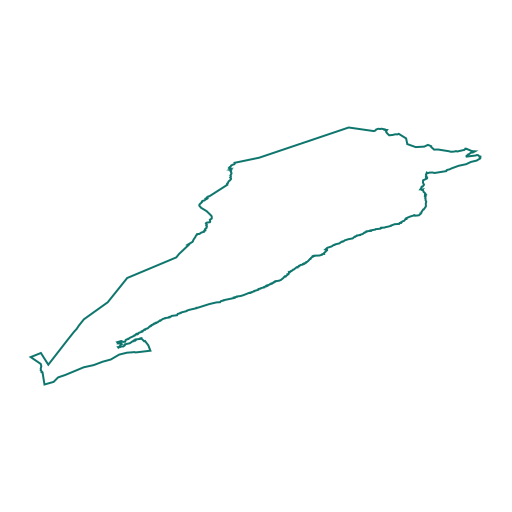 Verran nor, Nord-Trøndelag, Norway (Natural Earth projection)
{"feature_id": "86288312B18564926842494", "entity_name": "Verran nor", "entity_type": "district", "adm_level": 2, "iso_a3": "NOR", "parent_name": "Norway", "parent_adm1": "Nord-Trøndelag", "projection": "natural_earth1", "projection_center": [10.876, 63.943], "detail": "fine", "context": "isolated", "style": "outline", "palette": "teal", "viewbox_px": 512, "rotation_deg": 0, "n_neighbors": 0, "source": "geoboundaries", "source_scale": "gbopen_adm2", "svg_char_len": 6093}
<svg xmlns="http://www.w3.org/2000/svg" viewBox="0 0 512 512"><path d="M141.3,338.2L140.7,338.3L140.7,338.6L139.8,338.6L139.5,339.0L135.8,339.4L135.8,339.9L135.2,339.9L135.2,340.3L134.6,340.3L134.7,340.7L133.5,340.8L133.4,341.3L132.4,341.4L129.9,343.2L124.6,344.4L124.3,345.0L124.6,345.5L123.2,346.5L121.8,346.4L119.8,347.2L119.0,347.1L118.4,347.6L118.1,347.1L118.7,347.1L120.3,345.6L120.8,344.2L121.7,344.0L121.3,343.2L120.8,343.1L120.8,343.4L117.8,343.4L117.9,343.0L117.2,342.2L121.2,341.0L123.2,341.9L125.2,341.7L125.7,340.0L126.3,339.6L128.1,339.1L128.2,338.7L129.0,338.6L129.7,337.9L134.0,335.9L134.3,335.4L134.8,335.5L136.0,334.3L136.6,334.4L136.6,334.0L137.5,334.0L137.5,333.6L138.3,333.6L138.9,332.8L142.1,331.7L141.9,331.2L143.3,330.7L143.5,330.3L143.9,330.2L144.2,329.8L144.8,329.8L144.8,329.4L145.6,329.3L146.0,328.8L147.7,328.4L149.5,326.6L150.3,326.4L150.4,326.0L150.9,326.0L151.0,325.5L151.8,325.3L151.9,324.9L153.3,324.5L153.4,324.1L154.2,323.9L154.2,323.6L155.3,323.4L155.3,323.1L156.2,323.0L156.2,322.6L157.9,322.2L158.5,321.4L160.3,320.8L160.3,320.3L160.9,320.3L162.9,318.9L164.9,318.4L165.0,318.1L169.0,317.5L169.0,317.2L169.8,317.2L169.9,316.8L170.7,316.7L171.7,315.9L177.1,315.2L177.7,313.9L180.0,313.3L180.3,312.8L181.2,312.8L181.5,312.4L186.6,311.1L186.8,310.7L189.0,309.9L196.5,308.2L196.5,307.8L198.2,307.6L209.2,304.1L216.4,302.4L220.1,302.2L221.0,301.1L223.6,300.5L223.6,300.2L232.3,298.4L233.7,298.1L233.7,297.7L234.6,297.8L234.6,297.3L236.9,296.8L236.9,296.5L240.7,296.0L243.3,295.2L248.8,293.0L249.9,293.0L249.9,292.7L251.4,292.5L251.4,292.2L254.3,291.3L254.3,290.9L257.8,290.0L258.5,289.6L258.4,289.1L259.0,288.8L260.7,288.6L261.0,288.1L264.2,287.4L264.2,286.9L266.2,286.4L266.2,286.0L266.8,286.0L266.8,285.5L267.7,285.5L267.7,285.2L269.7,284.6L270.0,284.1L271.2,283.9L271.2,283.6L271.8,283.6L271.8,283.3L273.5,282.8L273.6,282.2L275.3,281.7L275.3,281.2L279.1,280.7L281.0,279.9L283.3,278.0L284.4,276.7L285.3,276.7L285.3,276.2L285.9,276.2L287.8,274.5L287.7,274.2L288.5,274.2L289.0,272.7L288.9,272.2L289.5,272.2L289.5,271.8L290.4,271.8L291.0,271.0L291.6,271.0L293.0,269.7L293.6,269.7L296.6,267.3L297.5,267.4L297.5,266.9L298.9,266.4L299.0,265.9L299.5,265.9L300.4,265.0L302.4,264.7L302.8,264.1L303.3,264.2L303.6,263.7L304.2,263.8L304.2,263.4L306.0,262.8L306.3,262.0L306.9,262.0L308.5,260.7L309.9,259.0L310.5,259.0L310.9,258.0L312.1,257.1L312.3,256.6L312.9,256.6L312.9,256.1L314.3,256.0L314.3,255.7L319.5,255.5L322.1,254.7L322.1,254.3L323.3,253.8L324.1,253.9L324.0,253.1L327.1,250.2L327.0,249.6L325.5,249.4L327.3,247.8L331.7,246.4L333.5,245.1L334.6,245.0L334.9,244.5L339.6,243.3L340.8,242.2L342.5,241.7L342.5,241.4L343.4,241.4L344.9,240.3L348.4,239.2L352.7,238.4L354.5,236.8L355.1,236.8L355.1,236.5L356.8,235.9L356.9,235.5L360.0,235.1L360.0,234.8L362.7,234.0L364.2,232.7L364.7,232.8L365.0,232.3L366.5,231.8L366.5,231.3L370.8,230.9L370.6,230.4L375.2,229.6L375.5,229.2L380.4,228.7L380.7,228.0L381.3,228.0L381.3,227.7L384.5,227.6L385.6,227.1L387.9,226.7L391.1,225.8L391.1,225.5L394.7,224.2L399.2,223.9L399.6,223.0L401.0,222.9L401.0,222.4L401.6,222.4L402.2,221.5L404.3,220.7L405.5,219.0L406.1,219.0L406.1,218.5L406.7,218.5L406.7,218.0L407.6,217.6L410.6,216.4L413.7,215.5L414.1,215.1L414.3,215.1L414.3,215.6L415.4,215.7L418.9,215.3L420.3,214.1L420.4,213.4L421.0,213.4L421.5,212.6L421.5,212.0L422.8,210.1L423.3,209.4L423.8,209.4L425.9,206.4L425.8,203.0L426.1,202.5L426.2,201.4L425.6,200.4L425.5,198.4L425.2,198.1L425.6,196.8L425.3,196.5L425.5,196.0L424.9,196.0L425.0,194.1L425.6,194.1L424.7,192.8L423.6,191.9L423.0,190.1L422.1,190.0L421.9,189.8L422.1,189.6L421.6,189.7L421.3,189.3L420.4,189.3L421.2,188.2L421.3,187.5L421.7,186.7L422.6,186.6L424.0,184.8L423.0,182.7L423.1,180.3L426.9,178.5L427.2,177.9L427.0,177.4L426.0,177.2L425.9,176.4L426.4,176.2L426.0,174.5L426.8,172.6L427.6,173.2L429.5,172.6L432.7,172.5L434.5,173.0L446.3,171.1L446.5,170.4L447.2,169.9L449.5,169.4L451.5,168.4L458.6,165.8L466.1,164.2L471.0,161.9L476.6,160.6L480.1,158.5L479.8,157.9L480.2,157.6L480.6,156.8L481.3,156.7L479.4,156.4L478.3,155.3L477.0,155.0L475.7,155.5L466.6,156.6L466.4,156.1L468.2,154.4L469.0,154.2L470.9,152.7L472.8,152.5L475.0,151.3L471.9,151.1L466.2,148.7L465.6,148.7L465.6,149.1L464.8,149.3L464.3,149.9L457.2,151.5L456.0,151.1L454.7,151.5L451.1,151.8L448.7,151.2L438.0,149.5L434.1,149.6L431.2,147.0L431.2,146.2L427.9,144.9L424.3,146.6L415.7,147.1L407.3,144.1L406.1,138.4L398.7,133.8L397.5,134.4L395.1,134.3L393.0,134.9L389.2,135.3L387.1,133.3L386.0,131.7L387.0,130.0L384.6,129.9L384.2,129.7L384.4,129.3L381.3,128.7L380.5,129.0L378.1,128.8L376.2,129.5L375.4,130.5L373.9,131.1L348.7,127.5L259.2,157.7L234.6,162.8L234.8,163.4L234.4,164.2L232.5,164.8L231.1,165.6L230.6,166.7L229.6,167.1L228.9,168.0L229.8,168.8L230.7,168.8L230.1,169.2L230.6,169.7L230.0,169.9L231.0,170.1L230.6,170.5L231.0,171.3L230.7,171.6L231.3,172.4L231.2,172.8L231.5,173.6L230.4,175.4L230.9,176.2L230.8,176.9L230.2,177.5L231.0,178.5L230.9,179.2L230.1,180.2L228.5,181.5L227.9,183.1L227.2,183.5L226.9,184.2L227.3,184.8L209.5,196.2L208.1,196.5L207.7,197.3L206.8,197.4L206.6,198.1L206.8,198.2L205.9,198.5L206.5,199.0L205.3,199.6L204.6,200.4L202.5,200.9L201.9,201.5L202.1,201.9L201.8,202.3L199.5,204.4L199.3,205.7L201.1,207.8L206.7,211.2L211.4,215.8L211.8,217.0L211.7,218.6L209.9,219.7L210.2,221.5L209.9,222.2L206.8,222.6L205.9,223.3L206.7,224.5L206.3,224.9L206.2,225.5L206.8,225.9L206.9,226.7L206.5,227.3L206.5,227.9L205.2,229.0L205.3,229.3L204.9,229.7L205.3,230.5L203.8,231.2L203.9,231.8L201.2,232.6L199.5,233.9L197.1,234.1L196.9,234.9L196.0,235.5L195.3,237.1L193.6,239.5L192.6,241.8L187.6,244.8L188.5,245.1L179.1,253.9L176.3,257.4L127.2,278.0L107.7,302.3L83.9,319.3L78.7,325.8L76.7,328.9L74.1,331.7L67.9,339.5L48.3,364.7L40.9,353.0L30.7,357.1L40.7,363.9L41.3,366.2L40.7,368.8L41.0,370.1L40.8,370.4L42.2,372.0L41.8,372.3L42.6,372.9L44.5,384.5L53.6,381.9L58.1,377.4L65.2,375.0L83.7,367.3L93.7,365.1L102.7,361.7L110.8,359.5L119.2,354.6L126.9,352.7L134.6,352.1L135.2,352.4L136.9,352.3L150.4,350.7L148.3,345.3L145.0,341.0L144.2,341.3L141.8,338.9L141.2,338.9L141.3,338.2Z" fill="none" stroke="#0f766e" stroke-width="2"/></svg>